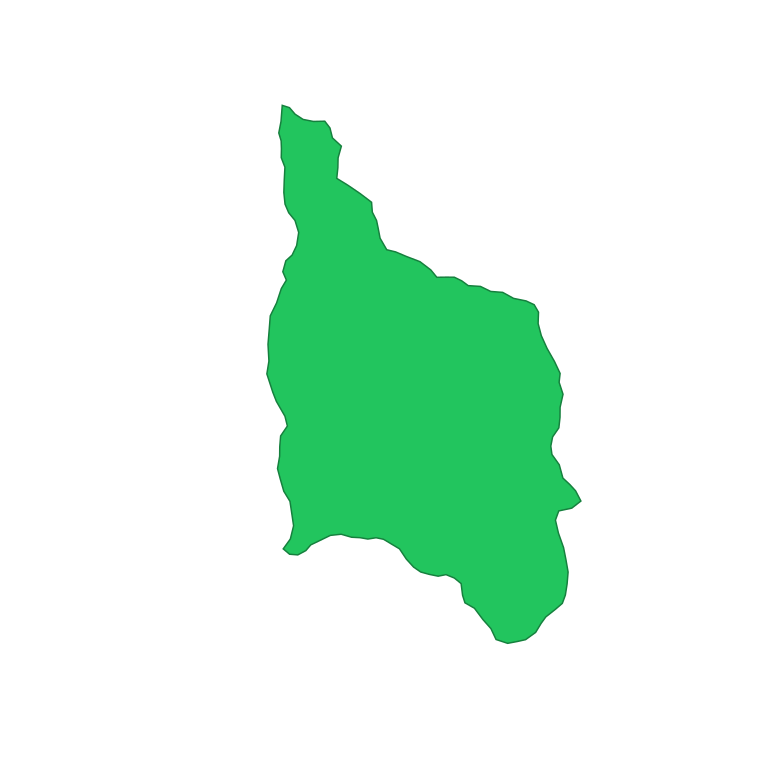 Bilac, São Paulo, Brazil (Albers equal-area conic projection), rotated 330°
{"feature_id": "56859067B71292671685512", "entity_name": "Bilac", "entity_type": "district", "adm_level": 2, "iso_a3": "BRA", "parent_name": "Brazil", "parent_adm1": "São Paulo", "projection": "albers", "projection_center": [-50.48, -21.416], "detail": "fine", "context": "isolated", "style": "filled", "palette": "green", "viewbox_px": 768, "rotation_deg": 330, "n_neighbors": 0, "source": "geoboundaries", "source_scale": "gbopen_adm2", "svg_char_len": 1825}
<svg xmlns="http://www.w3.org/2000/svg" viewBox="0 0 768 768"><g transform="rotate(330 384 384)"><path d="M214.3,476.4L217.1,484.2L223.9,488.9L233.0,489.2L240.1,486.7L261.9,488.3L271.8,492.7L279.3,500.5L286.4,505.1L292.5,510.2L300.3,513.2L305.9,518.2L315.0,534.5L315.8,546.8L318.1,557.4L321.8,565.2L328.0,571.5L334.8,577.5L342.4,580.1L347.9,587.2L351.0,595.4L346.4,606.3L344.7,614.0L350.2,623.4L351.9,637.5L354.3,649.3L353.3,661.3L361.4,670.4L370.8,673.7L378.8,676.2L391.2,674.9L400.3,669.9L407.7,666.6L420.0,664.8L428.8,663.1L435.5,657.5L442.6,648.7L449.4,638.9L453.7,627.2L457.7,615.5L460.5,600.4L464.4,587.6L471.9,581.3L484.6,585.4L496.0,583.8L496.5,572.3L494.7,564.2L491.9,554.9L495.4,541.6L494.2,529.0L497.4,521.2L503.6,514.1L513.5,509.4L519.8,500.8L524.8,492.3L533.9,482.4L536.5,470.1L541.8,462.9L542.9,449.7L543.0,434.7L544.4,420.8L547.7,408.7L553.7,399.1L553.7,390.4L548.6,383.1L539.0,374.6L532.6,364.0L522.7,357.2L516.3,347.7L506.1,340.9L502.9,333.5L498.3,326.7L491.5,322.7L483.1,318.0L481.6,308.7L476.3,296.0L467.2,284.8L460.1,275.4L453.5,269.1L453.5,255.8L456.9,246.0L459.3,238.7L459.8,229.4L464.1,220.4L458.6,207.3L452.2,194.0L445.9,182.3L452.2,173.6L457.3,165.2L466.0,156.7L462.4,145.1L465.2,135.3L464.1,126.8L454.1,121.3L446.2,114.4L441.9,105.9L440.3,97.4L435.2,91.8L426.1,105.1L418.4,114.0L416.5,122.0L412.8,129.0L408.2,136.6L406.6,146.7L399.4,157.8L393.0,168.1L388.2,178.8L387.1,188.1L388.7,197.9L385.9,210.1L377.6,220.4L368.9,226.4L360.6,228.2L352.5,236.2L351.4,245.2L342.8,250.0L331.5,260.1L319.6,268.1L312.2,278.9L303.4,291.6L295.8,306.6L287.6,316.7L283.6,335.5L282.1,345.3L282.1,354.6L282.1,362.4L279.3,372.1L268.5,377.3L262.3,386.3L257.5,394.4L249.5,404.0L246.7,414.3L243.6,426.8L243.9,438.6L238.5,452.3L234.8,461.6L225.4,471.4L214.3,476.4Z" fill="#22c55e" stroke="#15803d" stroke-width="1.5"/></g></svg>